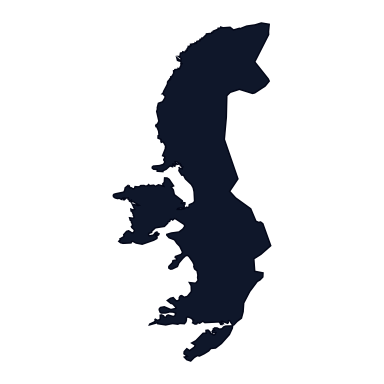 Ulstein nor, Møre og Romsdal, Norway
{"feature_id": "86288312B47478936056679", "entity_name": "Ulstein nor", "entity_type": "district", "adm_level": 2, "iso_a3": "NOR", "parent_name": "Norway", "parent_adm1": "Møre og Romsdal", "projection": "albers", "projection_center": [5.867, 62.327], "detail": "fine", "context": "isolated", "style": "filled", "palette": "ink", "viewbox_px": 384, "rotation_deg": 0, "n_neighbors": 0, "source": "geoboundaries", "source_scale": "gbopen_adm2", "svg_char_len": 6041}
<svg xmlns="http://www.w3.org/2000/svg" viewBox="0 0 384 384"><path d="M269.2,24.3L261.3,23.0L255.1,24.9L246.7,26.1L240.1,28.7L239.4,28.3L233.5,30.0L230.1,27.3L223.0,27.8L220.8,27.1L220.8,28.0L218.1,28.3L218.1,29.2L213.2,31.2L213.1,32.0L211.8,32.4L211.8,33.3L206.4,33.9L206.2,34.8L202.7,38.2L201.9,38.1L201.8,39.0L200.0,39.4L200.0,40.7L196.9,41.4L196.4,43.2L195.1,42.7L195.0,43.6L190.6,44.3L191.0,45.6L190.1,45.6L189.6,46.9L188.3,46.4L188.0,47.7L187.1,48.9L187.2,50.3L186.4,50.2L186.3,51.1L185.4,51.1L184.9,52.4L182.8,51.8L182.7,52.7L180.5,53.1L179.9,56.6L178.6,56.5L181.3,58.5L180.5,60.8L176.8,57.7L177.5,60.4L178.7,60.2L178.8,60.9L180.6,61.2L181.2,62.3L180.9,63.7L181.8,63.7L179.4,68.9L178.1,68.4L178.0,69.3L174.9,69.6L174.4,70.9L173.6,70.8L173.7,73.0L173.2,74.3L171.5,76.9L170.7,76.9L170.6,79.1L169.7,79.0L169.6,80.3L168.7,80.3L167.6,82.0L167.5,83.8L167.0,85.1L163.6,91.5L163.6,92.4L162.4,93.7L163.3,93.7L163.5,94.6L164.9,95.9L165.2,96.6L164.9,98.0L162.6,101.8L158.4,103.3L157.3,107.6L157.4,109.2L156.7,111.4L158.9,121.1L157.3,124.4L156.3,124.5L155.7,125.7L156.1,126.7L156.8,126.7L158.6,130.9L159.1,135.0L158.1,135.7L158.0,138.1L161.0,139.4L160.9,141.1L161.3,142.3L162.5,141.8L163.6,142.4L165.6,146.0L165.4,147.8L165.7,147.9L162.6,155.7L164.7,156.5L164.6,158.6L163.8,159.2L163.8,160.1L164.8,161.5L164.4,163.0L163.3,164.4L159.5,165.6L153.3,166.1L152.3,167.0L152.2,168.0L153.5,169.2L157.2,169.5L157.2,171.2L162.9,171.6L163.1,170.7L166.1,169.3L169.9,165.9L172.5,166.7L172.7,164.0L173.5,164.0L173.7,165.8L174.8,166.2L175.4,164.2L176.8,163.8L177.6,164.4L175.4,162.9L175.2,161.7L177.2,161.8L178.8,163.3L178.0,164.2L180.0,163.8L179.8,164.2L180.8,164.8L180.5,165.3L181.2,165.5L181.2,166.3L182.7,167.0L182.1,167.6L182.2,168.8L179.7,168.3L178.8,167.0L179.5,168.4L178.9,170.7L181.7,175.1L183.6,175.2L185.4,178.8L191.4,184.5L193.2,187.7L194.1,191.8L194.6,201.4L193.0,203.1L189.3,204.7L189.0,206.8L188.3,207.6L186.5,207.2L184.6,208.6L181.6,209.4L177.3,209.4L177.6,208.6L179.9,207.8L183.8,207.9L184.3,206.8L183.9,205.7L184.9,204.2L184.9,202.8L183.7,202.6L182.3,203.7L181.1,203.1L182.4,201.5L182.3,200.8L174.3,194.6L173.3,189.9L171.1,187.0L173.6,185.9L169.1,179.3L167.1,178.0L164.6,177.9L164.3,182.3L162.7,184.0L163.8,186.3L158.5,184.8L155.5,186.4L153.7,185.2L149.6,185.7L148.7,184.6L147.4,185.8L145.7,186.2L144.0,185.5L140.6,185.6L139.7,186.6L138.2,186.9L135.1,186.6L134.4,188.5L133.2,189.0L131.3,187.8L130.0,187.9L129.3,186.0L128.5,186.5L128.0,185.5L125.2,187.8L124.7,190.3L123.8,192.1L116.1,193.7L114.0,194.3L113.3,195.2L113.5,196.7L115.1,197.9L117.7,198.6L119.2,198.2L121.5,199.4L123.0,197.9L124.0,198.0L123.4,199.7L124.3,199.8L126.3,197.9L128.1,197.9L128.1,199.1L128.9,199.4L129.5,201.1L131.2,200.3L130.9,201.9L131.6,202.2L132.9,201.4L139.2,205.3L138.0,205.6L132.2,204.0L134.7,209.3L133.1,210.0L130.9,209.1L131.1,211.0L132.0,211.4L133.4,214.6L133.3,215.4L133.9,216.2L134.0,217.6L133.2,218.3L129.6,217.8L130.3,220.3L131.5,220.9L131.4,222.2L132.3,223.8L132.5,225.7L131.4,226.5L131.8,227.5L134.1,229.6L134.4,231.2L133.1,232.8L131.9,232.9L128.6,230.8L126.6,231.4L123.7,234.7L124.1,236.5L120.0,238.9L120.5,239.6L118.8,241.3L120.6,242.7L123.0,243.3L131.0,242.9L131.7,241.4L133.2,241.5L136.0,243.0L142.2,244.2L153.7,240.2L156.8,238.5L157.1,237.7L156.3,236.6L158.7,234.7L159.0,233.8L158.2,233.4L156.3,235.4L155.4,235.5L155.3,234.8L157.3,233.1L156.9,232.0L155.4,232.6L153.4,235.1L149.3,235.9L148.5,234.7L148.8,233.4L151.6,232.4L151.8,231.1L155.4,227.8L164.4,226.4L167.7,223.1L168.1,221.7L169.6,221.4L170.4,219.4L171.6,219.2L172.7,220.0L174.4,218.5L175.9,219.0L184.3,224.5L184.7,226.4L182.8,229.1L179.0,232.0L171.4,233.0L166.8,234.4L166.8,235.1L169.1,237.7L174.5,239.8L176.9,243.3L179.8,246.3L182.6,252.3L181.2,254.4L175.4,256.5L175.2,257.5L176.8,258.5L176.8,259.9L173.0,260.6L172.5,262.7L168.9,266.4L168.8,268.0L170.4,269.1L172.1,269.0L177.4,266.5L178.9,262.9L182.8,258.3L185.6,255.7L187.5,255.4L189.0,256.5L192.8,261.9L194.1,264.8L193.8,266.6L194.6,268.9L197.1,270.9L197.9,275.1L197.6,277.6L198.1,280.3L196.0,282.9L194.9,283.2L189.4,282.6L191.2,285.7L191.4,291.5L187.4,296.4L184.2,297.3L181.7,295.6L180.4,295.9L179.3,297.5L179.3,299.7L177.5,300.9L176.0,300.7L173.2,297.6L170.5,298.3L167.3,300.5L170.9,303.4L172.5,303.7L175.9,307.3L175.8,308.4L170.9,309.6L164.3,306.8L160.5,307.5L159.4,308.7L159.2,309.8L160.2,312.3L161.3,313.0L165.4,313.0L169.7,311.9L173.4,312.1L175.8,313.3L174.8,316.0L173.1,316.5L168.2,315.0L166.8,315.7L166.3,317.1L164.2,317.2L163.6,315.9L161.4,314.9L160.2,315.2L160.3,318.4L159.7,319.7L157.3,320.3L155.3,319.2L155.0,319.5L155.3,320.9L154.2,322.0L149.7,324.1L149.4,324.9L157.7,322.6L157.8,323.7L165.7,324.9L172.6,323.5L177.8,324.2L179.7,323.4L184.4,323.7L185.9,321.8L186.4,319.9L186.4,317.9L187.6,316.8L190.8,318.0L193.6,320.1L192.9,320.7L193.2,321.9L192.6,322.8L195.0,324.1L196.7,323.9L197.5,322.5L199.7,323.2L202.8,321.2L204.8,322.6L218.7,321.9L219.8,322.5L220.7,324.4L221.9,324.5L221.8,323.7L223.3,323.7L222.9,323.0L221.9,323.0L221.2,321.4L222.0,321.1L227.6,323.3L228.3,322.7L228.1,321.6L228.5,320.7L229.7,320.7L232.7,325.2L233.8,324.9L237.1,321.4L241.4,318.2L243.1,311.8L243.7,303.0L249.7,291.5L257.2,281.5L260.0,279.9L262.8,277.0L263.0,272.9L254.7,271.3L253.8,258.8L260.9,254.3L270.7,245.7L262.8,223.7L260.6,222.0L258.6,222.4L255.9,221.2L250.7,208.8L235.6,197.9L229.6,191.3L237.9,178.9L224.3,139.4L226.3,117.2L226.8,95.7L230.2,92.3L239.4,89.3L252.5,93.4L254.7,92.9L265.2,86.0L269.2,81.1L268.2,78.9L254.7,61.9L268.6,34.6L268.5,31.4L269.2,24.3ZM225.8,326.1L223.9,326.8L221.8,328.9L219.2,329.1L217.2,328.0L214.7,327.9L213.3,329.0L214.3,330.3L212.8,330.4L212.1,331.6L212.5,332.8L215.9,332.5L215.1,334.5L213.9,335.0L210.5,333.5L209.9,331.7L208.0,330.1L206.0,330.4L206.2,333.2L203.1,333.3L195.9,340.7L191.7,343.0L195.3,345.1L194.5,347.0L189.6,350.6L186.8,348.7L184.2,351.6L184.0,353.8L187.3,356.2L184.3,357.1L186.8,359.7L190.7,361.0L194.1,357.6L197.2,355.6L199.5,356.0L204.2,353.7L208.7,350.9L210.7,348.5L215.6,348.0L221.4,343.5L229.4,334.5L232.3,328.2L232.6,325.9L225.8,326.1Z" fill="#0f172a" stroke="#020617" stroke-width="1.5"/></svg>